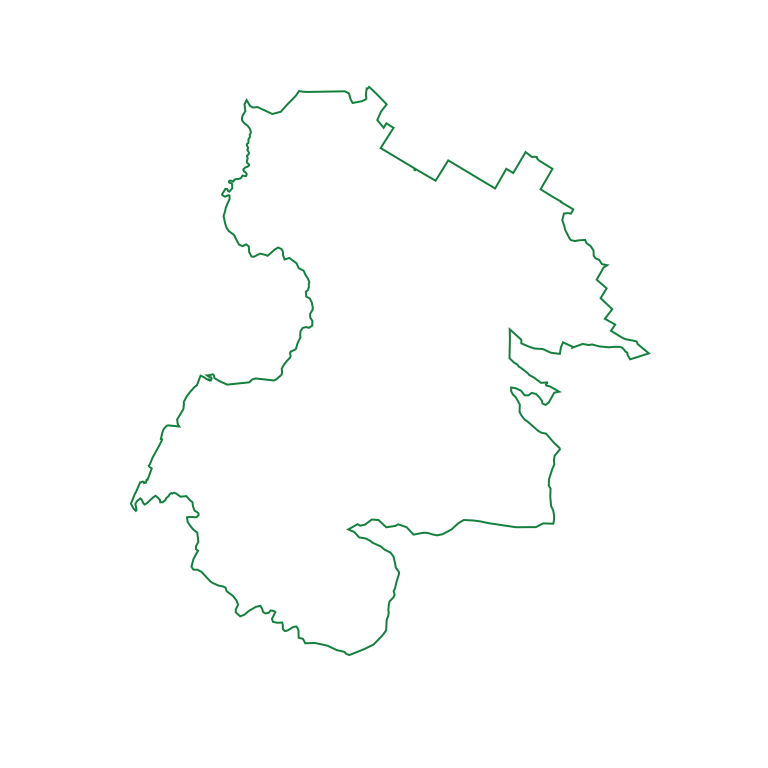 Tlalnelhuayocan, Veracruz, Mexico, rotated 202°
{"feature_id": "50627088B87731139171896", "entity_name": "Tlalnelhuayocan", "entity_type": "district", "adm_level": 2, "iso_a3": "MEX", "parent_name": "Mexico", "parent_adm1": "Veracruz", "projection": "natural_earth1", "projection_center": [-96.975, 19.543], "detail": "fine", "context": "isolated", "style": "outline", "palette": "green", "viewbox_px": 768, "rotation_deg": 202, "n_neighbors": 0, "source": "geoboundaries", "source_scale": "gbopen_adm2", "svg_char_len": 6166}
<svg xmlns="http://www.w3.org/2000/svg" viewBox="0 0 768 768"><g transform="rotate(202 384 384)"><path d="M200.4,538.9L215.3,544.7L213.4,556.1L225.9,560.4L224.0,574.3L221.5,577.8L226.8,576.8L231.0,579.7L234.9,579.8L237.6,581.5L239.8,586.3L244.3,589.4L249.2,590.5L251.5,592.9L257.9,589.8L260.2,588.2L264.3,587.4L266.3,588.3L274.0,595.0L275.6,597.5L280.1,602.8L281.0,609.5L277.1,611.5L274.4,612.0L273.9,616.8L288.3,619.0L288.2,619.5L296.1,620.5L311.8,623.2L308.4,646.6L324.1,649.3L326.6,650.5L327.3,651.7L329.0,651.3L331.9,649.9L339.6,652.1L343.2,628.0L351.2,629.3L354.2,606.9L408.2,615.4L412.3,591.8L435.1,595.1L435.3,593.8L435.9,593.9L435.6,595.2L475.5,601.5L471.1,625.1L479.5,626.6L480.3,621.4L489.1,626.2L488.8,635.5L486.3,644.3L500.8,650.7L509.1,653.9L509.7,652.2L510.4,650.8L510.6,650.9L509.2,645.3L507.4,642.5L507.6,640.9L510.6,637.8L518.4,632.8L521.5,635.3L525.4,640.3L530.0,640.7L563.5,626.5L568.0,624.8L572.6,623.7L573.7,618.3L578.8,605.9L581.6,597.8L588.7,592.5L605.1,593.4L608.8,591.3L612.3,591.6L617.8,595.8L618.1,591.1L614.8,585.2L615.6,579.7L615.3,577.4L614.7,575.9L614.3,575.3L611.5,573.5L607.3,572.4L604.2,570.6L601.8,567.8L601.6,566.5L601.9,564.9L600.8,562.7L601.3,560.8L601.3,559.9L600.1,557.1L600.1,556.5L600.9,555.3L600.9,554.6L599.9,553.3L598.3,552.1L598.5,550.1L595.8,547.8L595.6,546.1L596.5,544.4L596.3,543.7L594.9,542.3L594.7,539.3L594.3,538.3L593.8,537.8L591.5,537.1L591.0,536.1L591.8,534.5L593.7,532.8L594.8,530.5L594.6,529.7L593.3,528.6L591.6,528.4L590.2,527.5L589.7,526.4L590.0,524.9L593.3,524.2L593.6,522.1L594.3,520.6L595.6,519.6L597.4,519.0L599.1,517.5L599.7,515.2L601.8,515.3L603.2,514.7L603.6,513.8L603.2,513.0L602.6,512.7L600.4,513.0L599.5,512.2L598.0,508.6L599.5,504.4L600.8,504.5L602.5,506.0L604.1,505.5L605.2,499.4L604.6,498.5L601.5,498.1L599.1,500.7L598.1,501.0L596.7,498.5L596.5,498.0L596.8,488.8L596.0,484.3L595.7,479.7L591.5,473.5L589.0,470.3L585.3,467.7L578.6,465.9L575.6,463.0L570.6,458.9L566.9,458.8L564.2,461.8L561.0,461.0L558.4,455.8L554.7,452.6L552.4,453.1L547.8,458.4L543.2,459.2L539.9,459.3L535.6,467.9L533.2,470.9L529.6,470.7L527.5,469.1L525.8,465.5L522.8,462.2L519.1,465.4L510.4,463.2L506.4,459.4L501.0,459.0L497.4,455.5L494.5,453.7L491.4,450.5L491.3,448.8L489.9,445.6L489.8,442.4L491.0,440.3L488.8,435.9L484.7,435.4L481.4,432.4L478.6,428.1L478.0,425.8L478.8,421.4L477.3,418.0L474.0,415.6L472.4,411.2L474.6,408.0L477.6,407.6L480.4,405.5L481.2,401.8L480.2,398.4L479.0,396.0L479.4,389.2L478.8,383.8L479.3,382.6L482.7,379.0L482.7,377.4L481.3,375.3L480.9,373.6L483.1,367.8L484.0,364.3L484.6,360.0L482.6,356.1L482.5,354.0L485.6,348.0L487.2,346.1L505.2,341.0L507.9,338.8L509.5,335.1L529.1,324.7L537.2,325.0L543.3,325.9L544.8,328.1L545.9,328.8L546.5,328.8L550.0,326.2L551.2,325.7L549.1,325.1L547.0,325.4L545.9,324.6L545.9,322.5L547.6,322.7L547.4,321.9L551.6,322.3L552.7,322.8L557.2,323.0L557.0,312.7L558.7,309.9L560.8,304.0L562.3,298.6L562.8,293.7L562.8,291.8L562.2,291.1L560.6,285.5L562.5,273.6L560.4,269.8L557.9,267.9L568.6,264.8L569.4,264.3L570.5,262.4L571.4,259.5L571.3,255.7L570.3,249.4L569.0,249.6L568.9,248.1L569.6,240.2L571.0,229.2L571.0,222.1L571.5,220.1L570.2,219.2L567.7,218.7L567.3,206.6L568.2,206.3L567.8,203.4L569.4,202.3L570.1,203.3L571.4,203.0L572.4,201.7L573.2,201.6L573.5,190.4L573.8,189.7L573.8,178.2L569.3,174.5L566.6,173.4L566.3,174.6L569.6,179.7L569.2,182.7L567.1,186.6L565.4,186.0L562.2,183.1L560.7,182.6L559.1,184.8L555.6,192.4L553.9,194.8L550.0,193.5L548.2,192.3L547.1,190.5L544.8,191.5L543.1,194.8L543.3,196.2L541.5,199.9L541.5,201.3L540.3,203.2L539.4,203.0L537.9,204.6L535.4,204.5L530.4,203.3L525.3,206.0L519.8,203.3L517.2,202.6L515.3,199.0L512.1,195.5L509.9,195.4L507.6,194.5L506.8,193.1L507.9,190.2L515.0,187.8L516.7,186.5L514.3,182.5L510.2,179.7L506.1,177.5L501.5,176.3L497.0,168.1L497.6,163.1L496.6,160.6L494.0,159.7L495.1,150.3L494.1,142.5L491.2,140.5L487.4,141.9L482.7,141.4L470.8,135.8L467.6,135.3L461.9,135.1L457.4,136.0L454.7,135.8L452.2,132.9L444.6,130.9L439.4,127.8L436.6,124.7L437.0,119.5L436.0,116.8L430.3,114.7L427.0,117.8L424.3,123.0L419.2,129.5L415.5,132.0L412.9,130.0L410.7,127.3L407.8,126.9L405.0,128.9L404.3,131.6L401.3,132.2L399.3,131.8L399.9,124.3L397.9,121.9L393.6,122.6L389.1,124.7L387.9,123.3L386.0,118.9L383.4,117.8L381.1,119.3L377.2,124.6L374.6,126.3L373.1,125.7L371.0,123.5L368.1,116.8L363.6,117.3L359.9,114.1L351.1,118.0L338.4,120.2L328.1,119.6L320.2,120.8L318.4,119.7L314.6,119.7L302.6,131.2L296.0,138.7L291.2,150.5L289.7,156.4L293.2,166.4L293.2,170.7L294.2,174.3L295.2,175.7L296.9,181.3L297.4,184.4L295.3,189.9L295.1,192.4L297.5,195.6L297.2,198.3L298.3,205.6L299.0,213.9L299.6,215.2L304.3,218.2L306.9,222.5L310.7,227.7L314.9,230.1L321.2,230.6L326.3,232.2L335.0,232.5L337.8,233.4L343.1,233.9L349.6,232.5L356.1,235.6L362.6,235.8L356.0,244.1L353.0,243.7L348.9,246.5L344.5,253.8L338.1,255.8L328.2,252.0L320.3,256.7L318.3,259.2L309.4,259.7L300.2,255.4L291.8,260.8L287.8,262.3L282.7,262.7L278.0,263.6L273.4,266.7L266.8,274.6L263.1,282.5L259.1,287.8L250.1,290.9L243.2,292.7L235.6,294.0L208.1,300.6L189.6,308.2L184.2,314.4L174.7,317.9L175.4,321.5L176.8,325.3L179.7,330.1L183.4,333.5L187.5,341.5L190.4,349.4L193.1,351.5L195.3,357.3L196.1,368.2L196.0,373.4L198.0,377.1L198.9,381.4L196.4,389.3L197.4,390.5L204.9,393.4L215.1,398.7L219.7,397.8L223.2,398.2L237.0,403.0L240.6,403.8L244.6,406.2L247.8,408.8L250.4,415.8L256.7,421.0L260.5,422.5L263.3,424.8L264.8,428.4L260.3,429.4L254.5,429.1L249.4,426.2L245.8,427.6L243.7,431.1L239.3,431.7L235.1,429.9L231.3,427.6L229.8,425.3L226.4,425.1L224.3,428.5L222.9,439.7L218.7,442.5L229.0,443.9L232.8,443.4L233.6,444.2L233.1,446.0L233.4,446.6L238.8,443.9L247.7,446.2L252.5,446.7L254.9,447.9L263.1,450.3L265.3,450.5L267.6,452.0L271.5,452.6L277.3,454.9L284.2,473.1L287.9,481.8L273.3,476.5L271.9,473.1L262.4,472.9L257.6,473.3L249.9,475.9L240.9,475.5L232.2,477.8L233.7,484.2L233.6,489.7L222.4,489.1L222.5,488.6L214.9,495.5L208.6,496.9L205.9,498.6L198.6,499.5L189.1,502.3L184.9,504.5L179.1,506.8L176.5,506.8L174.1,505.7L172.4,504.5L170.2,504.2L168.8,501.9L165.0,499.1L149.9,511.6L163.9,516.1L165.4,517.9L166.7,518.0L177.0,516.0L180.1,516.1L193.5,518.3L191.9,525.7L203.6,527.2L200.4,538.9Z" fill="none" stroke="#15803d" stroke-width="2"/></g></svg>